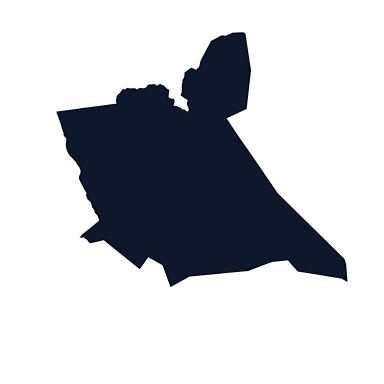 San Martín Peras, Oaxaca, Mexico (orthographic projection), rotated 160°
{"feature_id": "50627088B75957379157629", "entity_name": "San Martín Peras", "entity_type": "district", "adm_level": 2, "iso_a3": "MEX", "parent_name": "Mexico", "parent_adm1": "Oaxaca", "projection": "orthographic", "projection_center": [-98.226, 17.372], "detail": "fine", "context": "isolated", "style": "filled", "palette": "ink", "viewbox_px": 384, "rotation_deg": 160, "n_neighbors": 0, "source": "geoboundaries", "source_scale": "gbopen_adm2", "svg_char_len": 3221}
<svg xmlns="http://www.w3.org/2000/svg" viewBox="0 0 384 384"><g transform="rotate(160 192 192)"><path d="M89.4,323.8L93.2,325.1L99.6,327.1L101.4,326.9L107.0,326.5L110.8,328.3L113.5,327.9L122.1,326.7L125.9,323.3L127.0,322.4L130.1,319.5L136.0,314.2L138.2,312.2L139.7,310.1L141.9,306.7L146.4,304.5L150.4,308.3L157.6,306.2L158.0,305.4L158.6,303.4L159.6,302.5L160.6,300.8L161.6,300.5L162.4,299.0L163.1,297.7L164.2,295.8L165.0,294.0L165.6,292.0L166.3,290.4L167.1,288.3L168.2,287.7L168.8,286.5L167.6,285.3L166.7,283.6L165.1,281.6L163.4,279.0L165.1,277.8L166.1,275.9L166.1,273.5L165.6,271.7L166.7,269.5L167.3,268.4L169.3,268.7L170.7,269.7L171.2,271.4L173.2,272.3L174.1,272.9L174.1,274.3L175.5,275.4L176.4,276.4L177.8,277.6L179.5,278.3L180.7,279.2L180.3,280.4L179.4,281.4L178.3,282.9L177.8,284.3L178.1,285.4L179.5,285.9L180.3,286.5L182.1,288.2L183.0,287.5L182.4,289.2L181.7,290.6L181.1,292.2L180.6,293.2L179.6,294.6L179.4,295.8L180.6,296.9L181.2,297.9L181.6,298.7L181.9,299.7L182.8,301.1L184.2,302.6L185.3,303.6L186.8,303.6L188.3,303.1L190.2,303.6L190.2,305.3L191.4,305.6L192.8,306.2L194.6,306.1L194.9,306.9L196.8,306.9L197.7,306.1L199.3,305.2L201.0,305.1L202.2,305.3L203.5,305.7L204.6,306.5L206.2,306.9L208.0,306.5L209.6,306.6L210.3,308.1L211.1,308.7L213.0,309.1L213.8,309.5L215.8,310.1L216.4,310.7L217.6,311.3L218.5,310.7L219.7,310.5L221.0,311.0L221.6,311.6L222.6,310.9L223.4,310.5L224.1,310.0L225.3,309.1L226.9,308.7L229.0,307.6L230.1,306.1L230.7,305.0L231.7,303.5L231.8,300.0L231.8,299.9L235.9,300.8L240.2,301.8L241.2,302.0L242.9,302.3L244.9,302.8L248.1,303.5L248.6,303.6L250.7,304.0L253.0,304.6L256.6,305.4L258.7,305.8L260.3,306.2L260.8,306.3L261.9,306.6L266.5,307.7L272.4,308.8L273.2,309.0L281.5,310.8L284.6,311.6L291.4,313.0L291.3,310.8L291.4,300.1L291.6,298.5L291.8,290.4L292.4,289.9L292.2,288.0L291.3,286.4L291.2,284.8L292.1,282.7L293.0,281.2L293.8,278.8L294.3,277.2L294.6,274.6L294.5,272.7L294.3,270.2L293.5,267.4L292.4,265.6L291.6,263.6L290.7,261.4L290.0,259.3L289.6,257.0L288.8,254.2L288.6,252.1L288.7,249.4L289.7,247.6L291.2,245.9L292.0,245.1L292.7,243.7L292.9,242.7L292.4,237.4L292.1,236.0L291.8,233.4L291.8,232.9L291.4,230.4L290.5,227.0L291.6,225.8L292.1,223.5L291.9,222.6L292.0,221.6L291.8,220.5L291.3,219.8L290.5,218.5L289.8,216.6L290.1,214.7L290.1,213.1L290.3,211.6L289.7,210.6L289.5,208.9L289.4,208.0L289.6,207.0L289.6,205.4L288.7,203.9L288.1,202.0L288.1,199.7L288.1,198.4L288.1,197.2L288.9,196.1L297.4,193.1L309.6,188.9L311.6,187.7L310.5,187.2L309.1,187.4L308.2,186.4L307.6,184.9L306.9,184.4L305.8,182.2L305.8,180.9L304.9,179.8L304.4,179.2L297.5,178.4L290.8,177.6L290.7,177.4L289.8,175.7L285.3,168.1L282.3,163.2L274.9,151.0L273.2,148.2L267.3,138.4L255.2,146.8L245.2,134.9L244.0,133.5L244.0,110.9L236.7,112.0L234.8,112.3L224.9,113.9L223.1,114.2L222.0,113.8L212.2,111.3L200.1,108.1L187.8,105.0L175.6,101.8L173.9,101.4L166.2,99.3L163.4,99.4L151.2,99.6L140.1,99.6L139.0,99.3L136.2,98.5L126.7,96.2L124.6,95.5L122.2,88.9L119.1,81.6L118.1,81.0L114.6,79.1L110.1,76.6L102.3,72.3L90.3,65.5L87.8,64.1L80.7,60.2L77.0,55.7L72.6,71.7L72.4,75.3L72.5,77.0L112.6,161.3L123.1,202.5L130.0,228.4L135.3,250.1L112.7,252.1L105.5,266.6L95.7,286.3L88.4,322.3L89.4,323.8Z" fill="#0f172a" stroke="#020617" stroke-width="1.5"/></g></svg>